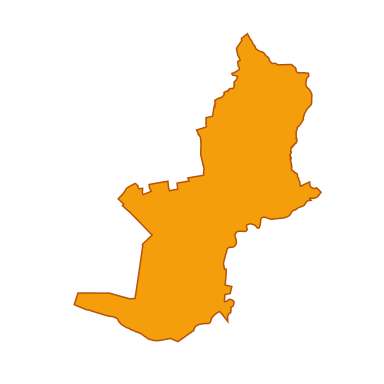 outline of Feldioara, Brasov, Romania, rotated 78°
{"feature_id": "2599482B87521690287479", "entity_name": "Feldioara", "entity_type": "district", "adm_level": 2, "iso_a3": "ROU", "parent_name": "Romania", "parent_adm1": "Brasov", "projection": "albers", "projection_center": [25.526, 45.82], "detail": "fine", "context": "isolated", "style": "filled", "palette": "amber", "viewbox_px": 384, "rotation_deg": 78, "n_neighbors": 0, "source": "geoboundaries", "source_scale": "gbopen_adm2", "svg_char_len": 5885}
<svg xmlns="http://www.w3.org/2000/svg" viewBox="0 0 384 384"><g transform="rotate(78 192 192)"><path d="M327.8,219.0L326.2,218.4L324.2,216.5L323.7,215.4L323.1,213.1L323.0,209.5L323.5,205.9L324.0,204.0L323.9,202.5L323.7,201.9L323.3,201.3L322.5,200.7L319.6,199.1L318.3,197.6L316.4,194.7L315.8,193.3L315.3,192.4L314.7,189.8L317.3,188.3L318.3,187.5L319.0,187.4L326.2,183.9L321.1,183.1L318.6,181.1L318.3,179.7L317.9,179.2L315.9,178.4L314.0,178.2L313.3,177.9L312.8,177.4L312.3,175.9L311.8,175.4L311.3,175.0L308.5,173.7L307.9,173.7L306.0,175.1L305.3,176.1L304.8,177.7L305.0,178.7L305.8,180.2L306.0,180.9L306.2,182.0L306.0,183.1L299.3,181.2L299.2,177.4L299.3,175.8L292.8,172.7L289.9,178.9L279.6,175.7L274.7,174.6L274.2,176.3L272.8,176.1L270.5,176.2L268.8,176.1L267.7,175.8L260.2,172.2L257.8,170.5L256.4,170.2L255.0,169.4L254.1,168.0L254.0,166.9L254.4,164.0L254.4,163.4L253.9,161.6L252.9,160.3L251.7,159.5L249.9,158.9L247.2,158.7L244.5,159.1L242.6,158.9L240.5,156.8L240.2,155.6L240.3,153.2L241.5,148.9L241.6,148.0L241.5,147.3L240.7,146.1L239.9,145.7L236.6,145.9L236.0,145.5L235.5,144.8L235.2,142.4L235.5,140.7L237.3,137.7L237.9,137.0L240.3,135.9L241.2,134.8L241.2,134.1L240.5,133.3L236.2,131.3L233.5,130.6L232.5,129.9L231.8,129.4L231.5,127.4L232.2,125.3L235.0,120.7L235.3,119.8L235.4,119.1L235.3,117.6L236.4,109.1L236.4,107.3L236.4,106.2L235.8,103.2L235.3,101.8L234.6,100.8L231.9,98.3L231.3,97.4L231.0,95.2L230.8,94.1L230.0,92.6L229.4,90.9L228.9,86.9L228.5,85.7L228.2,84.9L227.4,84.0L225.9,82.7L224.8,81.0L224.7,80.1L224.9,77.2L222.7,78.3L222.4,77.5L223.3,75.3L223.6,74.2L223.2,71.3L222.4,69.7L219.1,65.8L213.7,69.3L214.2,70.9L212.9,73.9L210.7,75.3L206.6,74.9L208.9,84.6L206.8,84.7L205.5,84.5L203.9,84.6L202.2,85.1L201.2,84.9L200.4,85.0L199.2,85.7L197.0,85.3L195.8,85.5L195.2,86.4L194.7,86.7L194.5,87.6L193.5,87.7L193.0,88.5L192.0,88.9L191.7,89.1L191.3,89.8L191.1,90.0L189.9,89.9L188.9,89.2L188.6,89.2L187.6,89.6L186.8,89.2L186.4,88.8L186.0,89.1L184.0,88.9L182.6,89.2L181.8,88.9L181.5,89.1L180.3,89.2L180.1,89.0L180.5,88.5L180.0,88.0L179.5,88.1L179.1,87.9L178.5,88.4L177.6,88.2L177.4,88.6L176.8,88.3L176.4,88.6L175.8,88.1L175.4,88.1L175.1,87.5L174.0,86.7L173.3,86.9L173.1,86.6L172.5,86.8L171.7,86.8L171.3,86.5L170.6,86.5L169.3,85.6L169.0,85.5L168.8,85.4L168.8,84.8L169.0,84.5L168.9,84.2L168.5,84.0L167.9,84.2L167.6,83.9L167.6,83.3L167.3,83.0L167.1,81.8L166.9,81.7L166.3,81.7L166.0,80.9L166.0,80.2L165.1,79.9L164.6,79.1L164.1,78.7L163.4,78.9L162.4,78.5L162.1,78.7L161.4,78.6L161.3,79.0L160.7,78.9L160.2,78.4L159.5,78.6L158.5,78.3L157.6,78.3L154.1,77.3L152.6,76.1L150.9,75.8L150.5,75.4L149.8,73.8L149.5,73.5L148.9,72.5L147.5,71.2L146.9,70.4L145.6,69.4L145.2,68.8L144.1,67.9L142.7,67.6L142.4,67.8L141.0,66.8L138.4,65.5L137.4,64.4L135.7,63.1L133.8,61.0L133.4,60.3L133.3,59.9L131.5,57.5L130.6,56.8L128.0,56.0L126.2,55.7L122.6,54.7L121.1,54.5L117.6,55.3L116.6,55.7L113.0,58.0L112.0,58.2L109.7,58.2L105.4,56.5L104.0,55.4L103.0,53.8L102.5,53.5L100.0,53.4L99.5,55.2L98.5,58.1L98.3,60.0L97.7,62.8L97.4,63.3L96.3,64.6L95.6,64.9L94.6,65.0L93.3,64.7L92.0,64.9L90.6,66.2L88.5,67.7L87.7,69.1L87.6,70.2L86.8,74.1L86.6,75.9L85.9,79.0L85.8,80.5L85.2,81.7L84.3,82.9L83.9,83.1L83.7,83.4L83.3,84.4L83.0,86.4L82.6,87.2L79.9,88.8L77.3,89.0L76.4,89.4L75.2,90.3L74.4,91.1L73.7,91.6L71.7,92.3L70.9,92.8L69.9,93.6L68.6,96.1L67.2,97.8L65.9,99.1L65.1,99.6L64.1,100.0L62.7,100.0L59.5,101.6L56.2,102.3L54.1,103.5L50.9,104.2L48.7,105.0L49.5,106.2L50.2,108.3L51.0,109.2L51.5,110.8L51.9,111.6L52.6,111.9L53.9,111.8L54.5,112.1L55.6,113.4L57.4,115.0L58.6,116.5L60.7,118.5L61.8,118.8L67.7,118.8L68.4,118.7L69.3,118.1L69.8,118.2L72.7,117.4L73.2,117.6L73.3,117.9L73.5,119.1L73.8,119.9L74.5,120.3L78.3,120.6L80.3,119.9L81.4,119.9L82.0,120.4L83.3,123.5L83.8,125.3L84.2,127.1L84.2,127.9L84.3,128.3L84.6,128.5L85.0,128.4L85.9,128.0L86.3,127.5L87.9,123.9L88.2,123.6L88.7,123.4L90.8,124.9L91.9,125.9L92.8,127.5L93.8,128.3L94.7,128.1L95.9,128.3L95.8,128.5L96.0,128.6L96.7,128.3L97.1,128.4L97.2,128.7L97.9,128.9L98.2,129.3L98.7,129.5L99.3,131.0L98.9,131.8L99.0,132.3L98.8,133.2L98.9,134.1L99.3,134.6L100.2,135.1L100.2,135.7L100.7,135.6L100.9,135.8L100.9,136.1L100.7,136.6L100.6,137.8L101.3,140.0L101.6,140.2L102.8,139.9L103.3,140.0L103.3,140.4L105.2,142.5L105.3,143.4L105.6,143.7L105.9,144.2L106.0,145.0L105.7,145.1L106.0,147.1L106.1,147.3L106.7,149.7L107.0,149.9L107.2,150.6L108.1,150.8L108.7,150.7L109.4,151.0L110.1,150.9L110.7,150.5L111.0,151.1L111.4,151.5L111.5,151.8L112.3,151.9L113.3,151.5L113.5,151.7L113.0,152.5L115.9,153.8L117.4,154.3L122.1,156.1L122.3,162.9L127.4,163.8L127.5,164.2L130.7,164.1L131.2,164.8L131.5,165.5L132.3,174.7L137.2,173.4L137.3,173.8L139.8,172.4L144.5,172.8L145.4,173.2L145.6,172.9L157.0,175.7L169.1,175.5L171.2,175.2L175.1,176.5L178.1,177.3L177.9,179.4L177.4,193.1L180.6,192.6L180.2,204.8L186.3,205.4L186.1,209.6L186.1,213.8L182.3,214.0L176.4,213.3L175.7,232.5L179.0,232.7L182.9,231.8L184.4,240.4L183.6,240.6L182.0,240.6L178.2,239.5L178.1,240.4L177.9,240.8L178.0,242.4L177.8,243.0L176.6,243.9L175.3,243.6L174.3,243.9L173.3,244.8L172.7,244.9L172.0,245.5L171.8,246.2L174.2,254.0L175.1,255.6L178.0,258.2L179.8,260.4L183.3,265.6L189.8,261.4L190.9,262.9L199.5,256.6L211.1,249.2L225.9,240.0L232.2,250.3L233.2,251.5L235.1,251.4L235.6,251.8L236.2,252.0L266.3,263.1L281.6,268.8L281.6,269.0L284.3,269.7L283.5,275.2L277.6,286.6L274.0,293.2L273.6,294.3L267.1,324.5L277.7,330.6L285.0,320.1L286.3,316.7L287.8,314.6L289.8,310.7L291.0,309.0L291.5,307.9L291.7,307.2L293.0,305.2L295.1,301.3L296.0,299.5L297.5,295.3L299.5,292.3L300.4,291.4L303.9,290.3L306.8,288.7L308.9,286.4L309.4,286.0L310.0,285.2L310.9,284.3L312.5,281.8L314.6,279.5L315.7,277.3L316.8,276.4L317.1,275.9L317.9,274.3L319.6,271.8L320.6,270.7L322.9,268.8L325.0,266.6L326.6,265.4L329.4,260.1L330.1,257.2L330.5,254.8L330.8,243.8L331.1,242.8L332.1,241.7L334.8,237.8L335.2,237.2L335.3,236.6L327.8,219.0Z" fill="#f59e0b" stroke="#b45309" stroke-width="1.5"/></g></svg>